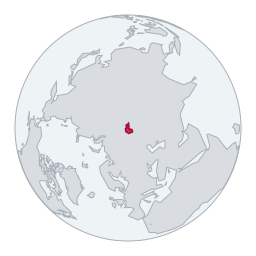 globe centered on North Kazakhstan, rotated 247°
{"feature_id": "KAZ-3204", "entity_name": "North Kazakhstan", "entity_type": "Region", "adm_level": 1, "iso_a3": "KAZ", "parent_name": "Kazakhstan", "parent_adm1": "", "projection": "orthographic", "projection_center": [70.634, 53.821], "detail": "fine", "context": "on_globe", "style": "filled", "palette": "rose", "viewbox_px": 256, "rotation_deg": 247, "n_neighbors": 0, "source": "natural_earth", "source_scale": "10m", "svg_char_len": 12778}
<svg xmlns="http://www.w3.org/2000/svg" viewBox="0 0 256 256"><g transform="rotate(247 128 128)"><circle cx="128" cy="128" r="113" fill="#eef3f6" stroke="#a8b0b8"/><path d="M146.8,16.9L150.3,18.0L147.8,20.0L145.5,19.0L145.2,19.8L148.1,21.1L150.1,21.9L152.9,27.9L161.6,34.9L166.9,36.5L163.7,36.8L175.6,39.6L182.0,43.9L173.1,39.5L171.0,39.4L174.5,42.5L173.1,43.2L174.0,45.1L171.9,45.7L166.9,43.3L165.5,43.7L168.1,45.9L167.7,48.0L164.1,44.7L163.0,48.1L154.4,45.3L146.5,36.8L140.1,36.6L127.6,31.7L127.1,33.0L122.1,32.3L119.7,33.6L118.0,32.5L117.5,34.5L119.4,35.3L119.8,36.5L118.6,37.4L116.3,36.1L116.6,35.5L115.3,35.6L114.7,34.6L114.3,35.6L111.6,34.0L112.3,37.0L108.7,36.9L107.4,35.5L110.1,33.9L113.7,27.2L113.3,25.7L110.0,25.0L98.7,27.2L97.2,26.4L93.3,26.6L93.0,27.7L95.9,28.0L94.3,30.4L98.1,30.7L98.0,31.8L100.8,33.0L97.7,34.8L93.1,36.0L90.6,35.2L88.5,35.7L88.7,38.3L81.9,38.7L73.8,42.4L72.3,42.5L73.4,39.0L78.9,34.3L80.3,30.7L76.6,35.2L73.0,35.4L71.3,36.5L69.9,37.8L70.2,38.6L68.4,39.2L71.3,34.8L73.0,34.1L72.0,35.5L74.6,33.4L76.5,30.8L74.6,31.3L79.6,27.4L78.2,27.8L78.6,27.4L80.4,26.9L77.2,27.8L81.4,25.5L89.1,22.3L97.1,19.7L105.2,17.7L113.5,16.3L121.8,15.5L130.2,15.4L138.5,15.9L146.8,16.9ZM151.2,22.1L148.3,21.1L146.2,19.8L148.8,20.5L151.2,22.1ZM154.9,25.3L153.1,24.9L153.7,23.7L154.5,24.3L154.9,25.3ZM171.1,37.6L169.0,36.1L171.5,37.3L171.1,37.6ZM174.4,45.3L175.5,45.5L175.5,46.4L174.4,45.3ZM102.4,32.0L101.6,32.5L101.5,32.0L102.4,32.0ZM104.3,32.1L104.7,31.1L105.7,31.1L105.4,31.6L104.3,32.1ZM172.4,48.2L172.1,49.7L171.5,47.8L172.4,48.2ZM103.6,33.3L107.4,31.0L109.1,31.0L109.6,33.1L103.6,33.3ZM171.3,50.3L170.7,54.2L172.9,55.0L166.1,55.1L169.0,51.7L167.9,49.1L169.8,50.5L171.3,50.3ZM120.6,35.2L118.5,34.4L121.4,34.2L120.6,35.2ZM122.4,34.8L130.8,32.9L133.4,34.7L130.0,34.9L134.2,36.6L131.3,38.3L128.3,37.8L127.3,36.3L127.0,38.1L122.4,34.8ZM162.5,54.7L161.6,55.3L161.6,54.2L162.5,54.7ZM120.2,37.0L121.7,36.4L124.0,37.8L121.5,39.3L121.5,38.3L120.2,37.0ZM136.7,36.3L138.0,37.7L136.0,39.5L136.2,40.3L131.4,38.5L136.7,36.3ZM120.4,38.5L120.1,40.0L117.9,40.2L118.9,37.7L120.4,38.5ZM125.7,37.6L126.6,38.4L125.3,38.4L125.7,37.6ZM109.8,42.0L111.6,41.1L112.9,41.8L109.8,42.0ZM120.1,40.6L120.9,40.5L121.6,40.7L121.0,41.8L120.1,40.6ZM130.3,40.0L129.2,40.5L132.2,40.8L130.8,42.2L127.9,40.8L128.5,42.0L128.1,42.5L126.2,40.9L130.3,40.0ZM122.5,43.5L118.3,42.4L114.8,43.8L113.6,43.2L119.4,41.1L122.5,43.5ZM124.8,42.1L123.1,42.8L122.4,41.6L123.1,40.4L124.8,42.1ZM130.9,43.7L133.8,41.9L134.3,42.2L130.9,43.7ZM121.7,44.1L122.7,44.3L121.5,44.3L121.7,44.1ZM128.2,44.1L129.2,43.3L129.7,43.8L128.2,44.1ZM124.0,45.5L122.6,45.1L123.0,44.3L124.0,45.5ZM126.0,45.0L126.6,45.8L124.0,44.2L126.3,44.6L126.0,45.0ZM128.6,44.6L129.3,44.6L128.1,44.9L128.6,44.6ZM123.0,49.1L119.7,47.2L120.7,45.3L123.8,47.3L123.0,49.1ZM39.7,197.9L35.5,191.9L35.6,190.3L34.2,186.3L28.7,172.2L29.8,168.7L28.8,164.8L26.4,161.8L25.5,157.1L24.2,154.7L17.9,140.9L17.2,132.1L19.1,113.8L21.1,112.2L23.6,106.7L39.1,106.3L40.0,111.7L49.6,122.6L50.4,124.9L46.7,128.5L51.8,143.3L56.5,142.0L63.7,152.1L70.1,156.2L76.8,148.4L66.4,141.7L67.1,135.8L77.5,137.4L87.0,143.4L87.6,141.3L83.7,133.9L88.0,131.8L82.6,131.0L83.2,133.9L79.8,133.6L79.0,131.0L80.6,130.2L78.4,127.7L71.5,132.0L71.4,135.4L64.1,131.5L63.2,136.8L60.5,137.4L61.0,128.5L62.6,126.4L61.7,114.5L59.4,116.3L60.0,127.7L58.9,125.8L55.7,128.7L57.2,124.9L57.1,112.3L52.0,108.0L41.7,109.9L39.5,106.8L39.4,101.3L46.9,94.1L51.0,102.0L53.7,99.8L56.1,93.4L57.1,96.4L58.6,94.8L60.5,97.6L66.2,97.1L68.6,99.5L73.9,95.3L75.9,96.0L72.2,98.2L70.9,101.2L77.1,107.2L79.2,107.2L82.2,104.1L83.5,106.3L85.6,102.5L90.7,104.4L86.2,99.0L89.6,95.5L94.3,94.6L94.6,92.6L86.9,94.1L84.6,95.6L83.8,98.4L76.7,102.1L73.9,100.9L78.3,93.6L74.8,91.3L79.8,86.9L97.6,85.1L103.5,86.7L106.7,96.9L103.6,98.5L100.8,95.6L100.5,101.7L101.9,99.6L103.0,101.5L106.5,98.9L107.5,100.2L109.2,95.7L110.8,96.9L109.7,99.8L116.2,97.4L120.3,99.3L121.3,98.2L121.2,96.4L126.4,100.2L127.0,99.2L125.4,97.6L125.5,94.6L127.6,90.9L129.3,92.4L128.8,94.0L130.2,99.6L128.5,103.6L129.4,103.9L131.3,100.8L129.5,93.9L130.3,91.2L131.6,94.3L131.2,93.0L132.1,92.2L134.6,92.8L133.4,89.4L141.3,79.1L147.0,79.7L147.2,83.4L154.5,78.5L160.3,79.9L158.9,78.3L161.4,75.2L159.7,74.7L159.2,73.7L164.9,66.0L167.6,65.6L168.4,60.9L167.7,60.2L165.8,60.2L166.1,55.1L172.9,55.0L174.2,56.7L177.6,55.7L180.1,59.7L183.7,62.8L184.5,68.2L187.3,70.3L188.3,69.7L192.8,72.3L198.7,80.2L189.5,76.5L179.8,66.2L183.4,70.5L181.3,70.4L181.7,72.6L184.4,75.7L185.5,75.5L183.0,85.8L186.7,96.3L189.6,92.9L193.1,93.8L199.9,103.9L200.5,123.6L205.2,125.9L206.6,128.7L204.9,132.6L202.9,128.5L199.8,128.9L198.9,126.2L195.6,131.3L194.1,127.6L192.3,133.7L194.7,135.6L198.2,132.3L197.2,139.3L202.8,141.5L205.2,146.9L201.8,161.3L195.6,168.4L195.6,170.4L192.3,170.1L189.2,175.4L196.5,181.6L196.8,184.2L191.1,192.1L190.8,190.4L181.9,189.6L181.2,196.1L188.0,198.1L190.3,202.2L185.5,202.8L183.0,199.2L179.9,198.7L180.1,193.4L176.1,186.5L171.3,189.7L171.0,186.3L164.9,180.7L157.5,184.8L146.2,196.0L145.8,204.3L141.4,208.2L133.5,197.0L131.7,188.4L127.7,189.3L120.4,181.3L104.8,178.8L103.5,176.1L100.3,176.6L95.4,172.9L93.9,168.2L90.4,167.5L94.8,179.5L98.6,180.3L103.1,177.4L103.5,181.2L108.4,185.4L99.5,192.0L77.8,192.4L77.4,185.7L69.6,161.6L70.7,159.8L70.8,159.5L70.8,159.0L68.4,161.7L67.6,156.9L69.9,173.2L69.6,178.9L77.5,192.6L76.4,193.1L79.4,196.3L91.2,198.0L90.9,199.9L84.3,206.6L69.5,210.7L72.4,217.7L73.0,221.7L65.9,219.9L68.8,223.0L65.4,221.4L66.7,222.5L66.1,222.1L58.8,216.9L51.9,211.1L45.5,204.7L39.7,197.9ZM31.0,110.7L30.0,112.1L31.0,110.7ZM95.4,154.5L102.2,157.2L102.1,150.0L104.7,150.5L103.7,147.9L102.0,149.5L100.0,142.6L104.0,141.8L104.7,138.8L102.5,137.8L95.4,140.5L98.3,150.1L95.4,152.1L95.4,154.5ZM72.9,35.7L72.6,36.1L70.9,37.4L71.2,36.7L72.9,35.7ZM66.5,44.1L63.7,45.0L65.9,43.8L65.7,42.9L70.2,39.4L71.8,42.3L70.3,41.5L66.5,44.1ZM76.6,35.9L73.6,37.6L76.8,35.6L76.6,35.9ZM65.0,84.1L64.5,86.3L62.3,87.4L59.3,84.9L62.5,83.3L65.0,84.1ZM64.5,89.3L69.7,83.1L71.7,84.6L69.7,84.8L70.5,86.3L67.5,87.1L64.4,94.8L62.2,96.3L57.9,90.6L60.5,91.6L60.7,89.2L64.5,89.3ZM79.4,66.4L81.7,64.2L83.2,70.1L80.9,71.5L77.7,69.0L78.6,65.9L79.4,66.4ZM103.7,37.7L104.5,36.9L105.2,37.2L105.0,38.2L103.7,37.7ZM110.5,41.5L101.0,42.0L101.4,41.0L95.4,42.7L94.1,40.8L98.0,39.7L92.5,39.6L95.6,37.8L91.7,38.1L100.7,35.9L103.2,34.4L100.9,36.7L102.0,38.5L103.2,38.9L108.7,38.8L114.7,36.8L116.7,38.5L116.6,40.2L115.5,40.9L114.5,39.6L113.7,41.5L111.4,40.2L110.5,41.5ZM113.7,61.7L113.1,59.4L111.1,64.0L108.8,62.3L108.7,62.9L106.0,62.7L102.6,63.5L102.0,62.5L100.9,63.3L99.2,63.2L97.5,64.0L95.7,62.4L93.6,63.3L94.0,62.0L90.7,64.0L92.3,61.9L90.2,61.7L89.8,63.9L84.2,54.3L80.6,52.3L76.7,51.9L80.0,48.5L85.7,46.9L92.1,46.7L95.0,49.2L96.0,47.4L97.7,48.1L96.2,49.3L99.5,47.9L100.5,48.8L106.2,49.2L110.2,46.9L112.4,47.1L111.3,48.5L114.3,47.7L113.7,50.5L115.2,50.8L116.2,53.9L113.2,56.6L115.2,56.7L116.0,59.2L113.7,61.7ZM123.2,50.0L120.1,53.4L117.3,54.2L116.8,48.4L115.5,47.8L115.0,44.4L119.0,43.4L118.8,44.4L119.5,45.2L118.0,45.2L119.7,45.8L119.4,47.3L120.7,48.2L119.4,49.1L123.2,50.0ZM52.8,124.8L53.7,126.1L55.4,127.7L53.5,129.6L52.8,124.8ZM52.6,116.2L53.6,116.9L51.7,120.2L50.7,118.9L52.6,116.2ZM55.8,114.6L53.8,116.7L54.3,114.8L55.8,114.6ZM73.3,98.8L74.6,99.5L74.1,100.4L72.6,101.0L73.3,98.8ZM107.3,75.6L107.4,74.0L108.2,73.8L110.4,70.7L112.3,71.8L111.7,74.1L107.3,75.6ZM74.1,148.9L71.3,149.5L70.8,148.1L71.9,148.2L74.1,148.9ZM61.2,139.6L63.4,143.0L60.6,140.1L61.2,139.6ZM109.8,76.3L110.5,74.8L111.0,76.3L109.8,76.3ZM113.8,72.5L114.7,73.9L112.8,71.6L113.8,72.5ZM90.5,227.8L87.2,231.6L82.3,229.8L80.0,227.8L80.3,224.9L85.5,225.8L87.7,224.6L90.5,227.8ZM211.0,198.6L213.2,196.9L213.0,197.2L211.0,198.6ZM208.7,199.7L211.4,197.6L208.2,200.7L208.7,199.7ZM212.4,196.8L215.0,193.9L216.2,192.4L215.9,193.2L212.4,196.8ZM206.9,201.2L196.2,208.3L191.7,210.1L192.9,208.5L200.1,204.6L206.9,201.2ZM192.6,208.7L185.5,209.3L174.8,203.9L178.7,202.7L189.7,204.0L189.0,205.2L193.3,205.5L192.6,208.7ZM208.9,192.9L208.2,196.2L202.4,200.1L199.7,201.4L197.8,198.9L198.9,196.3L201.2,194.9L209.1,182.1L212.0,181.7L209.8,186.5L212.2,187.4L208.9,192.9ZM146.3,205.0L149.4,209.2L146.9,210.2L146.3,205.0ZM211.6,174.4L208.9,180.2L211.2,173.5L211.6,174.4ZM212.6,168.8L213.1,170.3L211.5,169.7L212.6,168.8ZM196.2,173.0L193.8,174.8L193.4,173.5L196.2,170.4L196.2,173.0ZM207.0,151.5L208.2,155.5L208.2,157.2L206.5,155.6L207.0,151.5ZM126.9,85.0L121.6,88.0L119.0,91.2L119.6,94.5L116.6,91.3L120.5,86.4L126.9,85.0ZM139.4,79.7L138.9,77.0L140.6,77.4L140.9,78.1L139.4,79.7ZM138.0,78.6L134.6,76.7L135.3,74.8L137.9,76.6L138.0,78.6ZM122.0,76.3L120.3,77.0L120.0,75.8L122.0,76.3ZM196.4,217.5L196.6,217.3L197.6,216.5L199.1,214.8L209.5,205.2L217.5,194.8L221.3,190.4L225.3,183.1L228.6,178.1L226.5,182.5L227.4,180.9L223.4,187.9L218.9,194.6L213.9,200.9L208.4,206.8L202.6,212.4L196.4,217.5ZM231.6,172.2L233.2,168.1L233.0,168.7L231.6,172.2ZM216.3,193.9L219.6,188.9L221.1,187.1L216.3,193.9ZM236.0,159.9L235.4,161.5L233.7,166.5L230.6,172.9L231.6,170.2L231.4,169.2L227.5,174.9L226.7,174.8L228.3,171.7L225.4,174.7L228.7,169.7L229.8,170.5L231.5,165.8L234.0,161.5L236.0,157.6L237.1,155.4L236.7,157.1L237.0,156.4L236.0,159.9ZM228.2,175.5L228.7,174.7L228.1,176.2L228.2,175.5ZM237.5,154.0L238.9,147.2L239.1,146.1L238.1,151.6L237.5,154.0ZM238.8,146.9L239.3,145.0L239.2,145.8L238.8,146.9ZM221.6,181.9L221.4,182.8L220.5,183.3L221.6,181.9ZM222.9,180.1L225.5,177.6L222.6,181.0L222.9,180.1ZM213.7,186.7L214.6,187.7L217.6,183.8L215.3,187.6L217.1,188.5L216.3,190.2L214.6,189.0L213.6,192.8L212.3,193.9L211.8,191.9L213.3,187.2L214.6,184.6L219.8,179.0L213.7,186.7ZM223.0,177.9L222.2,176.6L222.7,174.6L223.6,174.8L223.0,177.9ZM219.6,173.7L217.1,173.2L215.2,176.1L218.7,168.4L220.5,170.2L219.6,173.7ZM216.9,169.5L215.2,172.3L216.7,168.2L216.9,169.5ZM214.5,171.8L214.0,170.0L215.5,168.9L214.5,171.8ZM217.9,168.7L217.6,165.0L218.7,166.3L217.9,168.7ZM212.4,166.0L216.3,166.4L211.8,168.8L209.9,162.2L211.7,160.5L212.4,166.0ZM212.0,127.5L210.6,125.8L211.8,123.7L212.4,125.5L212.0,127.5ZM214.3,115.6L211.7,122.5L209.3,128.3L210.8,128.1L211.6,132.6L208.5,130.9L209.0,124.2L211.1,120.6L209.9,117.0L210.5,112.7L208.0,109.2L207.8,106.6L210.7,108.6L214.3,115.6ZM206.8,107.9L202.7,100.9L205.6,98.7L207.2,99.7L207.9,103.8L206.3,104.7L206.8,107.9ZM202.6,98.6L201.0,99.5L191.7,92.3L190.4,90.3L199.1,94.3L198.1,95.4L199.8,97.6L202.6,98.6ZM162.7,55.9L161.7,55.4L162.9,55.3L162.7,55.9ZM158.1,73.5L157.7,72.2L159.1,72.0L158.1,73.5ZM157.2,68.5L155.9,69.6L156.6,67.8L157.2,68.5ZM153.2,72.2L155.1,69.7L154.2,73.0L153.2,72.2Z" fill="#d9dde1" stroke="#a8b0b8" stroke-width="1"/><path d="M126.1,124.8L126.3,124.9L126.4,125.0L126.5,124.9L126.7,125.0L126.9,125.0L127.1,125.1L127.2,125.3L127.3,125.3L127.5,125.4L127.7,125.2L127.8,125.1L128.0,125.1L128.4,125.5L128.4,125.8L128.4,126.0L128.5,126.2L128.7,126.3L128.6,126.5L128.6,126.8L128.6,127.0L128.4,127.0L128.5,127.1L128.5,127.3L128.8,127.3L129.0,127.3L129.2,127.2L129.3,127.2L129.5,127.2L129.7,127.3L129.8,127.4L129.8,127.2L129.7,127.2L129.6,126.9L129.8,126.9L129.8,127.0L130.0,127.2L129.9,127.3L130.1,127.4L130.0,127.5L130.0,127.8L130.2,127.7L130.4,127.7L130.2,127.5L130.2,127.4L130.3,127.4L130.6,127.4L130.7,127.5L130.8,127.5L131.2,127.7L131.3,127.7L131.4,127.4L131.5,127.4L131.5,127.5L131.5,127.8L131.3,127.8L131.2,127.8L131.3,128.0L131.1,128.0L131.0,128.3L131.2,128.5L131.3,128.7L131.5,129.0L131.4,129.0L131.4,129.3L131.4,129.2L131.5,129.1L131.6,129.3L131.5,129.6L131.4,129.7L131.5,129.6L131.6,129.9L131.8,129.7L132.0,129.8L132.0,130.0L131.9,130.1L131.7,130.1L131.9,130.3L132.0,130.4L131.6,130.4L131.4,130.2L130.9,130.0L130.7,129.8L130.7,129.7L130.4,129.6L130.2,129.6L129.9,129.8L129.5,129.8L129.4,129.7L129.4,129.3L129.4,129.2L129.2,129.0L129.1,128.9L128.9,129.0L128.7,129.0L128.5,128.9L128.2,128.8L128.0,129.0L127.9,129.0L127.7,129.0L127.6,128.9L127.4,128.9L127.5,128.7L127.4,128.6L127.2,128.7L127.2,128.4L126.9,128.3L126.7,128.4L126.6,128.5L126.5,128.4L126.4,128.3L126.2,128.4L125.9,128.4L126.0,128.5L125.9,128.5L125.7,128.7L125.6,128.8L125.7,129.0L125.9,129.1L125.9,129.3L126.0,129.4L125.9,129.6L125.9,130.0L125.7,130.0L125.5,130.3L125.4,130.3L125.1,130.5L125.0,130.9L124.9,130.9L124.9,131.0L124.7,131.0L124.5,130.8L124.3,130.7L124.2,130.7L124.2,131.0L123.9,131.0L123.4,131.0L123.2,130.8L122.9,130.8L122.7,130.7L122.5,130.3L122.6,130.0L122.7,129.9L122.7,129.7L122.6,129.4L123.0,129.3L123.1,129.2L122.9,129.0L122.9,128.7L122.7,128.3L122.9,128.2L122.8,127.9L122.7,127.9L122.7,127.7L122.8,127.4L123.1,127.3L123.0,127.1L122.9,127.1L123.0,126.9L122.8,126.2L123.2,126.1L123.3,126.1L123.5,126.1L123.9,126.0L124.0,126.0L124.2,125.9L124.3,125.9L124.6,125.9L124.8,125.7L125.0,125.7L125.3,125.6L125.3,125.4L125.2,125.3L125.3,125.3L125.5,125.3L125.7,125.2L125.8,125.2L125.8,124.9L125.9,125.0L126.0,125.0L126.1,124.9L126.1,124.8Z" fill="#f43f5e" stroke="#9f1239" stroke-width="1.5"/></g></svg>